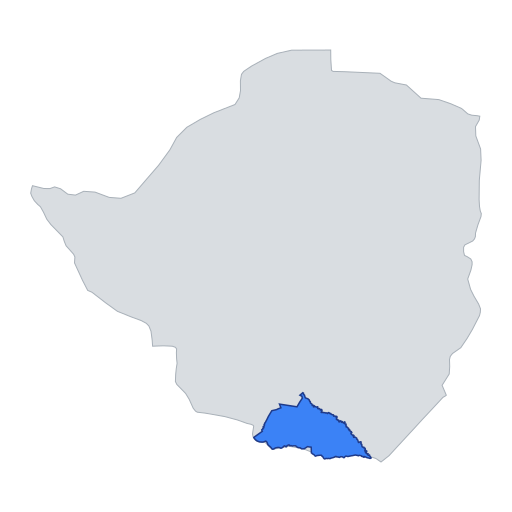 location of Beitbridge, Matabeleland South, Zimbabwe
{"feature_id": "62879985B95307090216295", "entity_name": "Beitbridge", "entity_type": "district", "adm_level": 2, "iso_a3": "ZWE", "parent_name": "Zimbabwe", "parent_adm1": "Matabeleland South", "projection": "orthographic", "projection_center": [30.386, -21.812], "detail": "fine", "context": "in_parent", "style": "filled", "palette": "blue", "viewbox_px": 512, "rotation_deg": 0, "n_neighbors": 0, "source": "geoboundaries", "source_scale": "gbopen_adm2", "svg_char_len": 7835}
<svg xmlns="http://www.w3.org/2000/svg" viewBox="0 0 512 512"><path d="M381.0,462.0L375.9,458.5L368.9,456.2L360.0,455.1L348.5,455.5L334.3,457.4L319.0,455.1L302.8,448.6L289.2,446.3L273.1,449.2L272.4,449.3L269.6,447.1L265.1,442.4L257.7,441.6L255.7,440.5L254.1,438.7L253.0,436.5L252.5,434.0L253.7,426.1L253.0,425.2L251.0,424.3L247.0,423.4L237.2,419.9L224.9,416.6L205.0,413.1L197.3,412.2L195.5,411.1L193.2,408.2L189.2,399.3L185.6,393.4L176.8,384.4L175.4,381.5L175.7,374.2L176.3,368.3L177.1,363.3L176.6,358.7L176.4,352.8L176.6,348.9L175.4,347.3L172.3,346.2L163.4,345.8L152.6,346.2L152.2,340.3L151.0,331.2L148.9,326.0L146.3,323.3L141.3,320.6L131.2,316.9L117.4,311.3L105.6,302.8L91.9,292.2L87.7,290.4L82.5,280.3L74.5,262.9L74.9,257.0L73.6,254.2L66.1,245.8L64.3,241.4L62.9,236.9L50.9,224.6L46.8,219.2L43.5,212.2L40.4,206.7L37.8,204.5L34.3,200.7L31.9,196.4L30.7,193.2L31.5,188.8L32.5,185.7L43.8,188.5L49.9,188.6L54.6,186.9L60.6,188.8L67.8,194.2L75.5,195.1L83.7,191.3L95.0,192.1L109.2,197.4L121.0,198.3L134.8,192.9L147.0,178.7L158.6,165.3L169.9,149.8L176.7,137.4L186.8,127.3L200.3,119.4L214.0,112.7L235.0,104.5L239.2,97.9L240.5,90.7L240.4,80.8L241.5,74.3L243.7,71.4L247.2,69.0L251.7,66.0L265.6,58.4L277.3,53.4L291.5,50.2L307.1,50.1L322.1,50.1L330.7,50.0L330.8,59.6L331.5,70.4L333.1,71.4L344.4,71.7L362.5,72.5L380.0,73.3L391.1,81.2L394.8,82.8L406.4,85.0L421.0,98.2L438.8,99.6L450.9,103.8L461.6,108.5L467.8,113.9L471.8,115.2L477.2,115.7L479.8,116.2L479.2,120.1L475.5,126.6L475.8,135.9L480.6,149.0L481.1,160.4L479.3,180.3L479.1,199.6L479.5,206.5L480.3,211.1L481.3,213.6L481.0,216.5L478.0,224.6L475.5,233.1L475.4,236.5L474.5,238.9L472.7,241.0L465.0,244.8L463.6,247.2L463.6,251.7L464.5,255.4L467.4,256.8L470.8,259.0L472.1,261.8L472.1,264.7L470.9,270.1L467.7,279.0L470.6,289.4L474.0,296.2L478.6,304.0L480.5,308.8L480.3,312.3L479.5,315.6L472.3,329.6L467.1,338.4L460.8,347.7L452.5,353.5L450.3,356.3L449.5,359.5L449.7,366.6L449.2,374.0L442.1,385.3L446.3,395.2L445.3,396.0L442.9,397.4L432.8,408.3L422.5,419.3L415.1,427.4L406.6,436.6L397.1,446.9L389.0,455.7L381.0,462.0Z" fill="#d9dde1" stroke="#a8b0b8" stroke-width="1"/><path d="M361.6,444.2L360.9,443.8L361.1,442.6L360.9,441.8L360.7,441.8L360.1,441.8L359.1,442.4L358.6,442.5L358.4,442.3L357.7,439.9L356.9,439.4L356.8,438.3L355.4,437.2L353.7,437.3L353.6,437.1L353.7,436.9L353.4,436.4L353.3,436.1L353.6,435.8L354.0,435.8L354.0,435.7L353.9,435.5L353.4,435.1L352.6,435.2L352.0,434.7L351.7,434.5L351.3,434.2L351.1,433.7L350.9,433.2L351.0,433.0L351.5,432.8L351.8,432.7L351.8,432.4L351.3,432.0L351.4,431.8L351.3,431.6L351.1,431.5L350.7,431.4L350.0,430.7L349.5,430.7L349.4,430.6L349.6,429.7L349.4,429.6L348.8,429.7L348.6,429.5L348.4,428.9L348.7,428.7L348.5,428.2L348.0,428.0L347.5,427.5L347.2,427.1L346.9,427.0L346.3,427.0L346.2,426.9L346.2,426.5L346.4,426.3L346.4,426.2L346.0,425.9L345.9,425.8L345.9,425.6L346.1,424.9L346.0,424.5L346.0,424.1L345.9,424.0L345.5,423.9L345.2,424.0L344.9,423.8L344.6,423.5L344.3,423.4L344.2,423.3L344.2,423.2L344.3,422.9L344.7,422.4L345.0,422.2L344.7,421.9L344.5,422.1L344.0,422.6L343.3,422.8L342.6,421.8L342.2,421.6L342.0,422.1L341.9,422.3L341.7,422.3L341.5,422.1L341.5,421.7L341.2,421.2L340.9,421.1L340.6,421.3L340.2,420.8L339.9,420.9L339.8,421.3L339.6,421.7L339.3,421.9L339.1,421.9L338.9,421.7L339.0,421.3L339.0,421.2L338.5,420.7L338.5,420.3L338.5,420.2L337.9,420.2L337.8,419.8L337.6,419.7L337.1,419.7L336.8,419.6L336.5,419.5L336.4,419.3L336.4,419.0L336.7,418.5L336.5,418.2L336.5,417.9L336.5,417.7L336.9,417.6L337.0,417.4L337.0,416.8L336.9,416.6L336.7,416.4L336.1,416.3L335.9,416.4L335.7,416.7L335.3,416.6L335.2,416.3L334.9,416.0L334.4,416.0L333.7,416.1L333.5,415.7L333.5,415.0L333.3,414.8L332.4,414.7L331.6,414.4L331.3,414.4L331.0,414.1L330.8,413.5L330.6,413.4L330.2,413.5L329.8,413.5L329.7,413.5L329.3,412.9L328.7,412.6L328.4,412.6L327.8,413.3L327.5,413.5L327.4,413.5L327.0,413.0L326.8,412.9L325.5,413.0L324.9,412.6L323.8,412.7L323.2,412.4L322.8,412.4L322.4,412.5L322.2,412.4L321.4,412.5L321.2,412.4L321.2,412.1L321.3,412.0L321.8,411.4L321.9,411.1L322.0,410.4L321.8,409.8L321.6,409.5L321.3,409.5L321.1,409.6L320.7,410.0L320.3,409.9L320.2,409.4L320.0,409.1L319.1,408.5L318.7,408.5L318.3,408.8L318.0,408.7L317.7,408.4L317.6,407.8L317.8,407.0L317.6,406.8L317.2,406.9L316.7,407.1L316.2,407.0L315.7,406.7L315.4,406.6L313.6,406.8L313.6,406.5L313.7,406.3L314.2,406.0L314.3,405.8L313.5,405.3L313.2,405.4L312.8,405.5L312.3,405.5L312.1,405.1L312.1,404.3L311.3,403.6L310.8,403.4L310.5,403.1L310.4,402.4L310.4,402.1L310.1,401.8L310.1,401.5L309.7,401.4L309.6,401.1L309.5,400.8L309.2,399.9L309.0,399.7L308.6,399.5L308.1,398.9L305.5,397.9L305.2,397.6L304.7,396.0L304.5,395.1L303.7,394.5L303.5,394.2L303.5,393.2L302.8,392.7L299.9,395.2L301.9,396.3L302.3,398.2L299.6,402.3L297.0,406.8L279.5,404.1L280.9,407.8L277.9,408.9L277.1,409.4L275.8,409.8L271.8,410.7L268.4,416.4L266.8,419.7L265.9,421.3L265.6,422.1L265.0,422.7L264.7,423.4L264.8,423.4L264.7,423.9L264.5,424.3L264.2,424.5L264.4,424.8L264.4,425.5L264.2,425.6L264.1,425.9L263.9,426.1L263.9,426.3L263.4,426.4L263.2,426.6L263.2,426.8L263.3,427.1L263.8,427.4L263.8,427.7L263.6,427.8L263.3,427.7L263.2,427.8L262.8,428.4L263.0,428.9L262.4,429.2L262.1,429.5L261.8,429.7L261.7,429.9L261.9,430.3L262.0,430.8L262.2,431.1L262.3,431.3L253.8,437.4L254.5,438.6L255.7,439.9L257.0,440.9L257.7,441.2L258.7,441.6L259.6,441.9L260.7,442.0L262.2,442.1L263.3,442.0L264.4,441.6L265.7,441.1L265.9,441.2L266.2,441.4L266.6,441.7L267.2,442.7L267.8,444.5L268.6,445.4L269.2,445.9L270.7,447.2L271.7,448.6L272.2,449.1L272.5,449.1L272.9,449.2L273.2,449.1L273.9,448.9L274.3,448.6L274.6,448.5L275.1,448.1L275.8,447.8L278.0,447.4L279.2,447.5L280.1,447.8L280.3,448.0L280.9,448.2L281.4,448.1L282.0,447.8L282.6,447.5L283.3,446.7L283.9,446.3L283.9,446.2L284.4,445.9L284.7,445.9L285.3,446.2L285.8,446.7L286.2,446.8L286.7,446.5L286.9,445.8L287.1,445.6L288.8,444.9L289.2,445.0L289.4,445.1L289.6,445.6L289.9,445.7L291.1,445.6L291.5,445.7L292.2,446.0L293.5,445.8L294.1,445.8L295.5,445.8L296.0,446.1L296.1,446.3L297.6,447.4L298.9,447.7L300.2,447.8L300.6,448.0L300.9,448.4L301.8,448.9L304.3,448.7L307.6,446.6L309.5,447.0L310.1,447.0L311.2,447.2L311.4,452.9L311.8,453.1L312.4,453.8L314.0,454.7L314.5,455.3L314.9,455.8L315.3,456.1L315.7,456.1L316.6,455.7L317.2,455.5L318.1,455.5L318.8,455.3L319.5,455.3L320.9,455.2L321.5,455.3L321.7,455.5L321.8,456.0L322.7,456.6L323.4,457.8L323.8,458.3L324.0,458.6L324.6,458.9L325.0,458.9L326.0,458.4L327.3,458.6L328.4,458.4L329.6,458.6L330.4,458.5L330.6,458.3L331.9,457.9L332.9,457.7L334.0,457.3L335.3,456.5L335.7,456.5L336.3,456.5L336.7,456.8L338.2,457.0L339.3,457.4L339.7,457.4L340.2,456.9L340.6,456.7L341.4,456.7L342.2,456.8L342.7,456.9L343.3,457.5L343.9,457.7L344.4,457.5L345.0,456.6L345.6,456.2L346.2,456.1L347.7,456.5L348.2,456.5L348.7,456.3L349.4,456.2L349.5,456.1L350.2,456.0L350.7,456.0L351.1,455.8L352.1,455.7L352.7,455.6L355.3,455.0L355.8,455.0L356.5,455.3L357.2,455.3L358.2,455.8L358.3,455.8L359.1,455.3L361.0,455.7L361.3,455.8L361.7,456.4L362.5,456.4L363.1,456.5L363.2,457.0L363.8,457.2L364.2,457.2L364.4,456.9L364.5,456.6L365.2,456.8L366.8,457.6L367.6,457.8L368.7,458.0L369.7,458.4L370.3,458.4L371.1,458.0L371.1,457.8L370.4,456.9L370.3,456.6L370.0,456.3L369.6,455.8L369.5,455.5L369.6,455.2L369.3,455.0L368.9,455.3L368.6,455.3L368.2,454.8L367.9,454.9L367.7,454.8L367.6,454.6L367.7,454.4L367.6,453.9L367.8,453.7L367.5,453.6L367.1,453.7L366.7,453.6L366.5,453.4L366.3,452.7L366.1,452.7L365.8,452.8L365.5,452.6L365.6,452.3L365.6,452.2L365.7,451.7L366.0,451.6L366.3,451.8L366.6,451.7L366.8,451.4L366.7,451.0L366.5,450.9L365.9,450.7L365.5,451.0L365.4,451.2L365.1,451.1L365.5,450.2L365.4,450.0L364.9,450.0L365.1,449.4L365.3,449.2L365.1,448.3L365.0,448.2L364.7,448.2L364.1,448.0L364.2,447.7L364.0,447.3L363.8,447.2L363.2,447.2L362.7,447.1L362.2,446.8L361.8,445.7L361.9,445.0L361.6,444.2Z" fill="#3b82f6" stroke="#1e3a8a" stroke-width="1.5"/></svg>